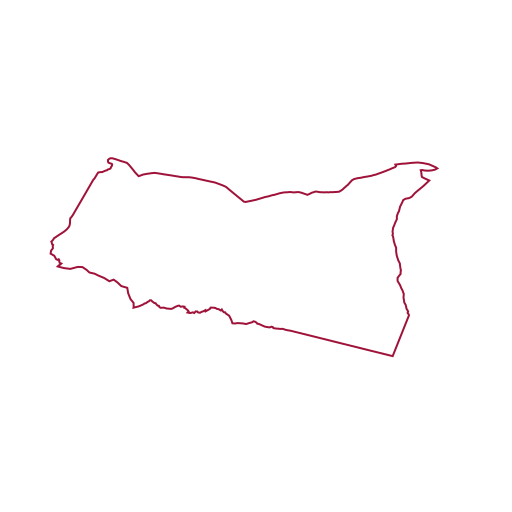 Funyula, Western, Kenya, rotated 255°
{"feature_id": "3690345B93161899730703", "entity_name": "Funyula", "entity_type": "district", "adm_level": 2, "iso_a3": "KEN", "parent_name": "Kenya", "parent_adm1": "Western", "projection": "equal_earth", "projection_center": [34.091, 0.245], "detail": "fine", "context": "isolated", "style": "outline", "palette": "rose", "viewbox_px": 512, "rotation_deg": 255, "n_neighbors": 0, "source": "geoboundaries", "source_scale": "gbopen_adm2", "svg_char_len": 4901}
<svg xmlns="http://www.w3.org/2000/svg" viewBox="0 0 512 512"><g transform="rotate(255 256 256)"><path d="M293.7,453.8L295.2,452.5L298.7,448.2L299.6,447.1L300.4,445.7L301.8,442.8L302.4,441.6L303.0,440.2L304.2,437.1L304.7,435.3L305.8,429.8L306.4,425.6L306.7,423.9L307.4,420.6L308.2,414.3L306.7,414.6L305.9,413.5L305.4,409.6L305.1,407.8L304.9,406.0L304.5,402.6L304.0,397.5L303.9,395.8L303.6,392.6L303.7,391.2L303.7,389.9L303.6,388.3L303.8,385.9L304.0,383.4L304.3,381.0L304.4,378.4L304.5,376.9L304.8,375.1L304.9,373.2L304.9,370.6L304.4,368.5L303.6,367.2L302.6,365.6L301.7,364.3L300.9,363.0L300.3,361.6L299.7,360.5L299.0,359.0L298.1,357.3L297.5,356.0L297.0,354.4L296.6,352.8L297.0,350.5L297.3,349.1L297.6,347.7L297.9,346.1L298.4,344.6L298.6,343.1L299.1,341.3L299.5,340.0L299.8,338.4L300.3,336.8L300.7,335.7L301.0,334.4L301.8,332.8L302.5,331.2L302.9,329.9L302.7,328.4L302.7,326.4L302.3,324.6L302.0,323.1L301.8,321.4L302.6,320.4L303.2,319.4L304.6,317.4L305.5,316.0L306.3,314.6L306.9,313.1L307.3,310.9L307.7,308.7L308.7,306.3L309.2,304.5L309.4,303.0L309.8,301.2L310.2,299.3L310.5,294.7L310.4,292.9L310.4,291.6L310.3,289.8L310.5,288.2L310.5,286.4L310.4,283.3L310.5,281.9L310.6,280.4L310.3,270.3L310.4,268.4L310.9,259.8L311.7,258.3L325.1,248.7L329.7,245.5L330.8,244.6L333.0,241.9L337.6,235.4L340.5,229.7L343.2,224.5L344.1,222.8L345.6,219.8L346.4,218.5L347.2,216.9L348.2,214.7L348.9,213.1L349.6,211.1L350.0,209.5L351.0,205.9L351.4,204.7L352.6,202.0L353.2,200.7L353.9,199.1L355.5,195.6L357.6,190.8L359.3,186.9L359.9,185.7L360.5,184.3L361.8,181.4L362.5,179.7L362.7,178.5L363.1,176.2L363.3,174.1L363.6,171.9L363.9,168.0L363.6,165.2L363.5,163.3L368.1,160.8L371.5,159.4L374.1,158.2L376.7,157.0L379.3,155.5L381.2,152.6L382.8,149.9L384.2,147.9L385.6,145.8L387.5,142.7L388.1,140.7L387.8,139.2L387.1,137.9L385.7,137.5L384.4,137.6L383.4,138.9L382.3,140.6L381.3,140.7L380.3,140.0L379.4,139.0L378.2,138.1L377.9,136.7L377.9,135.3L377.4,134.2L377.4,132.4L377.1,130.7L376.9,129.1L377.3,127.3L377.5,125.2L376.2,123.7L374.8,122.3L373.7,121.1L372.8,120.2L371.8,118.7L371.0,117.8L359.3,106.1L342.7,89.4L341.5,87.9L340.4,86.3L338.7,85.7L337.1,85.2L335.9,84.8L334.3,84.1L332.9,83.2L332.1,82.1L331.1,80.8L330.1,78.9L329.3,77.1L328.5,74.8L327.8,72.6L327.0,70.1L326.4,68.4L325.4,65.5L324.1,64.1L323.4,63.0L322.8,62.0L321.6,62.2L320.4,62.1L319.2,62.9L318.3,62.2L317.3,62.1L316.0,61.8L315.1,60.7L314.4,59.6L313.0,58.9L311.4,58.2L310.4,59.3L309.5,60.1L308.5,61.2L307.2,61.5L305.9,61.8L304.6,62.2L303.6,63.4L303.9,64.6L302.8,64.9L301.6,64.5L300.2,64.6L299.1,66.0L298.4,64.7L297.9,63.0L297.2,61.8L294.1,67.2L291.6,73.3L291.6,81.0L290.2,85.5L286.4,88.8L283.2,90.8L280.7,95.5L277.8,98.8L274.1,103.6L269.6,107.8L270.0,112.4L266.4,115.3L261.8,118.1L258.6,123.4L253.0,122.9L247.0,123.6L242.3,125.6L240.0,125.0L238.9,124.8L237.8,124.3L237.7,129.5L237.9,131.3L238.2,133.2L238.5,134.9L239.0,136.0L238.9,137.5L239.7,139.3L240.0,140.9L240.7,142.2L240.2,143.4L238.9,144.0L237.9,144.9L236.9,145.6L236.4,146.8L235.0,147.3L233.6,148.1L233.0,149.3L231.6,149.5L230.6,150.6L230.1,153.2L229.4,154.6L228.5,155.9L226.9,160.2L226.9,161.8L227.7,164.7L227.9,166.0L228.1,167.4L228.0,168.9L226.5,170.1L226.2,172.4L225.5,173.8L224.6,173.3L223.8,174.3L221.3,176.0L220.0,176.6L219.1,175.3L217.9,177.7L217.9,180.5L216.9,181.6L218.1,183.4L217.6,184.9L216.5,185.4L215.7,187.2L216.1,188.9L216.3,191.3L216.8,193.1L215.6,193.0L216.8,197.7L217.9,198.8L217.5,200.1L217.1,201.5L216.4,203.2L215.0,204.6L214.3,206.2L213.2,207.1L212.5,207.9L213.2,209.1L212.1,209.3L210.1,210.3L209.5,211.7L208.4,211.9L205.3,214.6L200.6,215.6L197.1,215.8L196.2,218.4L196.1,220.1L195.6,222.0L195.0,223.7L194.5,225.3L192.8,229.0L193.0,231.8L193.0,233.4L193.0,235.2L193.6,236.6L192.7,238.2L191.4,239.3L190.3,239.7L189.6,241.2L185.6,246.1L184.8,247.7L183.5,250.6L183.7,252.7L182.9,253.9L181.9,254.1L181.1,255.7L179.2,260.9L178.8,262.7L178.0,264.1L177.2,265.2L176.0,267.5L175.3,269.2L174.5,270.7L149.8,315.3L134.9,342.2L123.9,362.1L159.1,388.4L160.4,388.3L161.8,387.7L163.1,388.6L164.9,388.1L166.4,387.7L167.9,387.9L170.2,387.9L172.6,387.2L175.3,387.5L177.6,387.7L181.0,388.9L184.8,388.6L187.3,388.0L190.7,387.6L195.2,386.3L196.5,386.6L198.4,387.2L199.9,389.2L201.3,391.1L202.8,391.4L204.8,392.3L206.4,392.3L208.9,392.6L211.6,393.0L214.9,392.3L218.5,392.1L220.6,392.1L224.0,392.5L227.7,393.5L230.5,393.1L233.0,393.0L235.0,393.0L237.7,393.3L239.6,393.4L240.6,393.1L241.8,393.9L243.1,394.1L244.2,394.2L245.8,394.9L247.3,395.5L248.4,396.2L249.4,397.1L251.2,398.4L252.9,399.7L255.1,401.6L257.9,402.3L260.9,404.3L262.1,405.6L266.3,407.9L270.5,411.6L271.8,412.5L272.2,413.7L272.6,415.2L272.5,416.9L272.3,418.6L272.6,420.4L273.1,422.0L275.6,425.7L276.9,428.4L280.2,435.7L284.1,442.9L287.3,439.0L289.4,436.7L290.9,436.8L292.2,437.0L293.9,437.3L294.9,437.4L296.2,437.3L296.1,438.7L295.1,440.6L294.3,442.8L293.7,445.0L293.2,447.9L293.1,451.1L293.7,453.8Z" fill="none" stroke="#9f1239" stroke-width="2"/></g></svg>